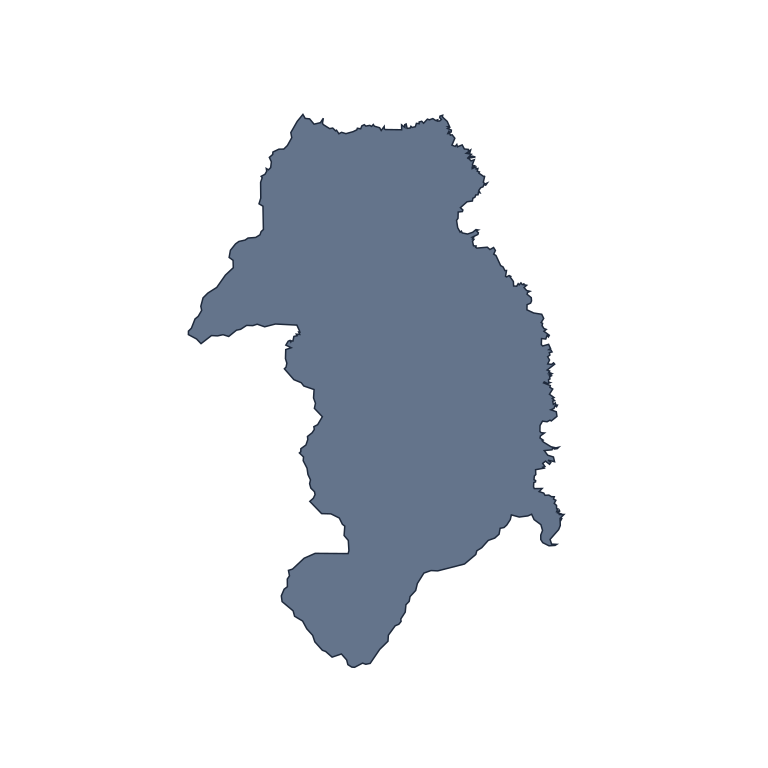 the district of Nossa Senhora Da Lapa, Ribeira Brava, Cabo Verde, rotated 40°
{"feature_id": "66160863B12848359802416", "entity_name": "Nossa Senhora Da Lapa", "entity_type": "district", "adm_level": 2, "iso_a3": "CPV", "parent_name": "Cabo Verde", "parent_adm1": "Ribeira Brava", "projection": "orthographic", "projection_center": [-24.326, 16.654], "detail": "fine", "context": "isolated", "style": "filled", "palette": "slate", "viewbox_px": 768, "rotation_deg": 40, "n_neighbors": 0, "source": "geoboundaries", "source_scale": "gbopen_adm2", "svg_char_len": 6158}
<svg xmlns="http://www.w3.org/2000/svg" viewBox="0 0 768 768"><g transform="rotate(40 384 384)"><path d="M619.4,395.8L615.3,398.9L611.1,396.3L611.4,383.3L610.0,379.1L606.1,374.7L607.1,374.7L606.7,372.8L605.3,373.2L605.7,368.3L601.7,371.7L602.5,369.9L600.0,371.0L600.3,368.4L599.3,368.0L599.7,369.9L598.3,370.9L597.5,367.9L596.4,368.6L594.2,366.1L591.1,366.0L590.4,362.6L587.8,363.2L586.9,360.9L584.7,362.7L581.7,363.1L578.9,365.8L576.5,364.9L572.0,366.7L572.3,362.4L566.4,367.5L564.7,366.7L562.1,363.2L563.0,361.6L562.2,360.5L560.4,360.9L558.3,357.8L558.5,355.8L555.2,352.2L560.7,345.6L559.2,345.6L560.4,343.8L556.6,342.8L557.3,339.3L562.4,339.1L562.2,336.8L558.6,336.9L564.6,333.9L560.7,331.0L555.2,333.3L549.6,332.0L555.0,326.4L554.3,324.5L556.3,324.3L558.3,322.1L558.5,320.1L556.8,322.4L552.3,324.7L543.6,326.0L541.7,325.8L542.0,324.7L538.2,325.1L537.2,323.2L538.4,318.4L535.7,320.3L533.9,320.1L530.2,315.5L529.3,310.6L533.2,308.1L534.4,305.0L535.9,304.8L537.3,297.6L533.8,294.5L528.4,296.5L529.9,293.5L529.0,290.5L530.8,290.5L530.4,288.7L529.1,289.6L527.4,288.4L526.8,290.7L524.2,288.7L525.4,287.1L522.2,286.9L523.0,285.1L517.3,285.5L516.5,279.4L513.2,279.9L512.4,278.3L505.5,280.6L505.4,279.4L509.1,278.5L510.4,276.1L509.0,276.8L507.2,274.8L507.9,273.5L506.2,271.9L506.7,270.7L505.7,271.0L506.4,269.6L504.0,270.3L505.6,268.2L502.8,269.1L502.6,267.6L500.0,268.4L502.0,259.1L500.3,258.8L499.7,261.3L496.5,263.4L495.4,259.2L491.8,257.9L492.5,255.2L490.5,253.7L492.1,251.4L489.8,250.6L488.3,251.6L488.8,249.8L484.6,247.8L481.1,252.9L479.2,252.7L475.5,247.9L479.0,245.6L477.7,241.9L479.7,242.2L479.3,240.4L472.6,240.8L473.2,237.9L470.9,238.7L467.6,237.7L466.5,235.6L464.9,235.9L464.2,231.1L460.0,229.2L453.0,233.4L445.8,235.3L442.6,231.3L444.3,227.8L443.6,225.5L441.3,223.2L436.0,223.3L435.1,221.7L436.2,219.2L433.2,220.7L429.3,220.1L429.8,216.7L427.6,217.9L426.3,217.0L427.2,218.1L426.0,218.9L423.9,218.5L423.8,221.1L422.3,220.9L422.8,223.8L420.3,225.6L417.2,222.3L411.8,220.9L411.9,220.1L410.1,220.5L409.1,223.2L407.9,223.4L404.9,218.3L403.7,219.4L400.0,217.8L397.2,218.3L387.2,213.6L384.6,214.0L383.5,210.1L380.2,209.0L378.7,212.9L375.2,212.8L367.8,220.2L366.4,220.4L365.9,219.1L363.7,220.6L360.1,217.8L359.9,215.3L358.5,216.0L358.4,214.3L357.3,214.8L359.8,209.1L359.1,207.5L356.2,207.3L357.1,205.5L355.2,206.6L354.4,210.8L351.6,215.4L346.8,218.0L345.0,217.2L344.7,218.7L340.0,216.9L334.4,212.0L334.2,209.5L330.3,204.6L333.2,201.5L332.6,200.0L329.2,199.8L330.5,191.0L334.1,187.0L332.7,184.6L333.6,182.5L332.8,180.2L334.4,178.6L333.1,176.4L334.6,175.8L332.2,174.8L331.9,171.5L333.1,169.3L332.4,167.1L334.1,166.3L333.9,163.7L332.8,165.9L330.4,165.6L327.4,159.8L327.4,160.9L321.2,161.5L320.8,160.2L318.7,161.1L317.4,158.6L316.4,160.1L314.8,158.6L313.1,162.3L312.2,161.2L313.4,160.1L313.1,158.5L311.5,159.7L310.6,158.9L309.0,154.2L307.3,157.1L303.5,156.8L308.1,151.4L305.1,152.7L302.8,157.8L303.3,151.9L298.7,154.4L299.5,151.9L301.2,151.9L299.9,149.0L299.1,151.4L297.8,150.1L294.5,152.3L290.2,150.6L287.8,155.1L285.8,153.7L285.8,156.3L282.5,157.3L280.3,150.2L276.0,149.3L274.9,150.7L273.4,149.8L271.9,151.2L271.3,148.7L272.7,149.0L273.5,147.7L272.4,146.2L268.5,147.4L269.3,145.5L267.4,145.9L268.5,144.6L263.6,142.2L257.1,141.9L256.2,140.4L254.7,142.8L255.5,144.2L257.9,144.4L257.6,146.7L255.9,148.3L255.3,147.1L254.2,148.9L250.8,149.3L249.0,152.4L247.0,153.2L246.7,158.8L244.0,158.5L242.5,160.7L243.6,162.0L241.3,163.5L242.6,166.8L240.6,169.4L239.0,169.3L239.5,171.2L237.4,173.3L233.8,170.6L233.2,172.1L235.0,174.0L230.9,174.2L234.1,177.9L221.5,188.2L220.3,188.4L218.6,186.6L218.9,191.6L215.9,190.5L210.9,192.7L209.0,192.1L208.9,194.7L206.9,195.0L204.3,198.1L202.2,198.0L201.1,200.5L202.1,203.5L199.2,205.2L199.8,206.8L198.1,210.6L193.9,216.7L189.7,218.5L188.6,221.3L184.5,220.1L184.2,221.2L180.2,220.9L178.2,223.3L170.9,224.3L169.3,223.9L166.7,219.4L167.3,224.7L163.4,229.9L156.6,228.7L152.9,231.2L148.6,229.6L148.7,238.6L151.0,251.3L155.0,254.6L156.7,263.4L156.2,268.5L152.5,271.7L149.8,277.7L151.2,279.7L150.5,284.1L154.9,286.2L158.1,291.1L157.8,294.2L155.3,294.6L157.4,296.4L158.0,299.9L156.4,303.9L158.1,304.3L159.9,308.9L170.1,320.8L172.4,326.3L177.0,325.6L192.3,343.2L191.9,346.2L193.1,349.4L191.5,354.2L186.0,359.6L185.1,363.0L181.2,368.1L180.2,372.1L180.4,380.3L184.0,386.6L188.9,386.3L193.8,391.8L192.5,402.5L193.8,417.5L190.6,427.6L190.0,434.3L193.7,442.2L197.0,444.8L198.2,451.7L197.4,455.5L200.6,465.1L200.2,469.2L202.4,471.9L211.5,470.0L217.9,470.7L220.7,457.8L225.6,454.1L229.0,449.7L234.5,447.4L236.4,437.6L239.0,434.3L241.1,427.4L246.0,423.6L248.4,419.7L255.8,416.9L262.3,407.8L279.4,394.9L285.1,397.6L286.2,398.4L285.2,399.0L287.6,400.2L284.8,402.2L286.4,402.8L284.4,405.5L286.6,409.6L285.3,410.5L285.6,411.7L284.0,411.0L283.1,412.8L283.8,417.3L289.6,415.9L286.6,420.8L292.2,427.9L296.2,430.5L298.1,434.0L297.9,436.4L312.2,438.6L319.8,436.2L323.8,437.1L334.0,433.2L339.0,440.0L343.9,442.8L346.3,447.4L357.8,448.7L359.3,457.8L357.7,461.8L359.8,463.6L360.3,467.5L359.1,473.4L361.3,475.5L363.4,480.9L361.9,487.0L363.8,489.4L363.5,491.2L369.2,491.6L371.4,494.7L379.2,498.0L383.9,502.2L389.3,504.7L391.1,508.2L394.9,510.8L400.0,511.2L402.3,513.1L403.3,517.0L402.6,521.6L419.5,523.4L426.8,517.6L435.9,515.4L442.3,518.2L445.3,518.1L450.8,525.7L457.2,526.8L464.3,534.3L465.5,537.0L440.1,558.0L434.8,568.8L432.9,584.6L430.6,588.2L434.9,591.7L435.3,595.6L440.3,601.4L439.4,605.4L441.5,612.3L445.8,616.2L460.2,616.2L464.8,619.4L474.0,617.9L482.3,621.2L490.9,622.4L496.8,626.0L507.9,627.6L511.2,626.4L519.8,626.6L524.9,618.2L532.8,619.4L536.7,622.2L541.3,621.6L543.6,619.9L547.0,611.6L550.2,610.4L553.0,606.9L551.3,590.0L552.4,578.5L548.8,573.6L548.0,562.0L549.8,558.5L549.7,554.9L547.9,553.2L546.9,545.1L542.7,539.0L543.0,534.3L540.6,530.1L541.0,521.8L537.8,515.4L536.1,503.2L539.9,496.7L545.3,492.6L561.4,470.1L563.9,455.6L562.3,452.1L564.1,446.6L564.4,436.8L567.9,430.8L568.7,425.1L565.7,419.9L568.2,416.8L568.7,413.1L567.9,406.7L565.7,402.4L573.1,399.0L579.0,392.6L580.8,388.9L586.1,391.4L594.6,390.9L599.6,394.3L601.2,399.0L604.1,402.4L607.6,403.5L614.4,401.9L618.8,397.7L619.4,395.8Z" fill="#64748b" stroke="#1e293b" stroke-width="1.5"/></g></svg>